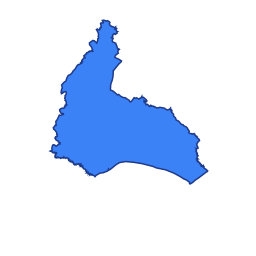 Pati, Jawa Tengah, Indonesia (Albers equal-area conic projection), rotated 130°
{"feature_id": "22746128B37789509782125", "entity_name": "Pati", "entity_type": "district", "adm_level": 2, "iso_a3": "IDN", "parent_name": "Indonesia", "parent_adm1": "Jawa Tengah", "projection": "albers", "projection_center": [111.054, -6.706], "detail": "fine", "context": "isolated", "style": "filled", "palette": "blue", "viewbox_px": 256, "rotation_deg": 130, "n_neighbors": 0, "source": "geoboundaries", "source_scale": "gbopen_adm2", "svg_char_len": 5887}
<svg xmlns="http://www.w3.org/2000/svg" viewBox="0 0 256 256"><g transform="rotate(130 128 128)"><path d="M195.2,172.5L195.0,172.1L195.4,172.1L194.8,171.3L195.1,171.1L195.3,169.9L194.7,168.8L194.2,169.0L194.1,167.7L193.5,167.4L193.3,167.7L192.9,166.9L193.8,166.3L194.7,166.5L195.3,166.0L195.2,165.7L195.6,166.2L195.9,165.8L196.2,166.0L197.2,165.3L197.4,164.6L196.8,164.5L196.7,163.3L195.7,163.4L195.8,162.9L195.4,162.7L195.4,162.0L194.4,161.1L194.3,160.6L194.5,160.3L194.0,160.1L193.8,159.6L193.2,159.5L192.6,158.3L192.0,158.6L191.8,158.1L191.3,158.4L191.5,156.5L190.2,155.9L190.2,155.3L189.6,154.8L189.7,153.7L190.3,153.6L190.3,152.7L190.7,152.9L191.0,152.5L190.2,151.9L190.6,151.8L190.5,151.5L190.9,151.0L190.3,150.5L190.7,150.1L190.3,149.6L189.8,149.8L189.8,149.3L189.7,149.6L189.2,149.1L189.4,148.6L189.7,148.7L190.2,148.4L189.8,147.5L190.1,147.1L190.1,146.2L190.4,146.1L189.9,145.6L190.3,145.3L189.9,145.1L190.0,144.7L189.3,144.5L189.4,144.1L188.8,144.2L188.1,143.4L187.5,143.4L187.3,143.9L187.2,143.0L187.5,142.8L186.4,141.8L187.2,141.6L187.0,141.1L187.8,140.9L187.6,140.6L187.8,140.1L187.3,140.0L187.8,139.7L187.3,139.5L187.3,139.1L187.0,139.7L186.8,139.4L186.4,139.6L186.7,139.1L186.2,138.4L186.5,138.2L187.0,138.4L187.4,138.1L187.1,137.1L187.4,136.9L187.3,136.6L187.8,135.8L187.0,134.0L187.5,132.8L188.0,132.8L187.6,132.1L188.0,132.1L188.0,131.7L188.3,131.5L188.3,130.5L188.9,130.7L188.5,130.1L187.9,130.1L188.2,129.8L187.9,128.9L188.3,129.2L188.8,128.8L187.9,128.7L188.2,127.7L187.6,127.3L188.1,127.1L187.2,126.9L187.8,126.2L187.3,125.5L187.0,126.0L186.6,125.6L186.8,124.6L186.3,123.6L186.5,122.0L184.7,122.0L180.7,120.5L178.1,118.2L173.9,115.9L171.9,116.6L172.3,115.5L171.3,115.0L163.4,113.5L159.7,112.1L155.2,108.2L150.8,101.9L146.3,94.4L141.4,84.2L140.3,80.6L135.8,72.2L133.1,63.9L131.6,56.6L131.2,52.7L130.3,50.1L130.0,45.9L131.1,45.1L130.9,44.4L128.3,43.5L124.3,42.9L121.1,41.9L110.9,39.6L110.4,39.2L109.6,39.4L109.5,41.9L109.9,43.5L109.2,44.8L108.7,44.9L108.6,45.5L109.3,45.7L108.6,46.3L109.2,46.4L109.2,47.0L110.0,47.0L110.2,47.6L108.9,48.4L109.2,48.8L108.7,49.9L109.2,50.2L108.8,50.4L108.4,52.3L109.2,53.1L108.9,53.5L108.0,53.8L108.3,54.4L107.7,54.6L107.7,55.6L106.9,55.4L106.7,55.1L106.7,55.8L105.7,56.5L104.2,56.5L104.0,57.3L104.2,57.5L104.5,57.2L104.5,57.5L103.2,58.4L103.6,58.5L103.6,58.9L102.1,60.3L102.1,61.0L101.1,61.2L100.8,61.9L100.3,61.9L100.1,62.4L100.0,61.9L99.6,62.0L98.3,61.4L97.6,62.6L97.5,63.7L97.1,63.7L96.0,65.1L93.1,65.4L91.7,65.1L91.0,66.2L91.0,68.0L90.7,70.2L90.2,70.0L90.6,71.8L89.9,72.6L90.3,73.0L89.8,73.8L90.5,74.2L90.6,74.6L91.5,74.9L91.6,76.0L92.4,77.0L92.6,78.4L91.3,78.9L90.8,79.6L90.5,81.6L90.0,82.1L89.8,83.4L89.8,84.5L90.5,86.7L90.1,87.8L90.9,89.6L90.2,93.6L90.9,96.4L89.7,98.1L89.6,100.6L88.3,101.9L87.9,103.4L88.1,104.5L86.4,105.5L86.3,105.9L87.2,105.7L87.4,106.0L85.4,108.2L86.0,108.2L86.7,107.7L86.9,108.3L88.8,109.3L89.3,110.7L89.4,112.8L91.6,116.8L93.8,118.4L94.4,119.6L94.4,120.9L95.0,121.6L94.8,122.4L95.4,123.0L95.9,124.9L96.4,124.4L97.0,125.4L97.5,125.2L97.7,125.7L97.5,126.0L97.6,126.5L97.3,128.0L97.6,128.6L98.5,128.9L98.6,129.3L97.7,130.4L97.9,130.8L97.4,131.4L97.6,131.7L97.4,132.0L97.8,132.2L97.7,132.5L97.4,132.4L96.8,133.1L96.8,132.4L96.2,132.0L95.8,130.7L95.0,131.0L94.6,132.8L94.6,135.8L94.7,136.2L95.8,136.9L95.0,137.7L96.8,137.4L97.5,138.0L98.8,138.1L99.4,140.9L100.6,141.7L100.8,142.8L105.3,142.5L106.7,143.1L106.0,144.9L106.4,147.4L106.7,147.9L106.4,149.0L106.6,149.8L107.5,150.6L108.4,153.8L108.3,156.8L109.4,157.2L109.3,162.8L110.1,166.0L105.8,169.2L101.4,170.9L98.4,172.5L93.6,176.0L93.4,175.5L93.4,176.0L85.3,176.2L81.6,175.8L80.8,176.1L81.2,179.1L82.1,182.3L82.2,183.7L81.5,184.1L79.5,184.2L76.9,183.5L75.9,185.2L73.9,185.4L73.3,185.2L73.3,185.9L74.1,186.8L72.9,188.4L71.0,191.9L71.9,195.3L70.8,196.6L68.8,197.0L69.4,198.7L67.3,198.6L66.9,199.5L65.0,199.5L64.5,199.1L64.6,198.0L62.6,197.3L62.0,198.0L61.0,197.9L61.3,198.3L61.1,199.3L60.4,199.6L60.7,201.5L59.1,200.8L59.1,202.1L58.7,202.4L59.8,202.5L59.8,203.9L60.8,206.1L60.8,208.3L60.1,209.2L58.8,209.7L58.6,210.6L59.0,212.8L60.1,213.5L60.9,215.8L62.1,216.8L63.1,214.7L63.6,214.6L64.7,216.1L65.5,216.3L66.8,214.5L67.7,214.0L68.2,213.1L69.7,213.8L70.2,213.2L71.1,212.8L72.0,214.5L71.8,215.0L72.8,215.5L74.2,212.0L75.6,210.4L77.0,209.7L77.7,208.4L79.2,208.5L79.9,207.7L83.1,206.5L82.8,209.8L83.5,211.2L87.5,212.3L88.9,211.0L89.3,208.5L90.8,205.5L91.4,205.6L91.8,204.3L92.3,204.6L92.0,205.6L93.4,206.0L93.5,206.7L94.4,206.6L94.9,207.4L96.1,207.2L97.0,208.0L97.5,208.0L98.0,207.4L99.1,208.0L99.6,207.8L100.8,208.2L101.2,208.2L101.3,207.2L102.2,206.9L101.6,206.4L101.9,206.0L102.5,206.8L103.1,206.9L104.8,206.7L105.8,206.9L106.3,206.6L106.4,205.5L108.0,206.2L107.9,205.3L108.2,205.1L108.8,205.7L110.6,206.0L111.2,206.8L112.6,207.1L117.1,206.4L119.5,206.7L121.6,206.3L124.3,206.5L125.6,207.4L126.7,207.5L129.3,206.9L131.9,205.8L134.3,206.4L137.7,206.5L139.4,204.2L141.3,203.6L143.7,202.2L144.5,201.0L143.4,200.4L142.2,200.9L142.1,200.3L140.3,199.4L140.1,198.5L141.8,197.1L143.8,197.0L144.5,196.1L145.7,195.8L146.4,194.3L147.1,194.1L146.9,193.8L148.1,191.6L149.9,190.6L149.7,189.7L151.0,190.0L151.4,190.3L151.1,190.3L151.2,190.7L152.7,189.7L154.1,189.9L154.8,190.9L156.3,191.9L158.0,192.1L159.1,190.8L159.2,189.7L159.7,189.1L159.5,188.2L158.6,186.9L159.1,186.2L159.7,186.8L161.5,187.6L162.2,188.9L167.2,187.6L169.4,187.5L171.4,185.4L172.4,185.5L172.4,184.9L173.4,185.4L175.8,185.4L176.7,184.1L176.6,182.6L177.3,179.9L177.8,179.1L178.9,178.4L178.8,177.5L179.6,177.3L179.9,176.7L180.8,177.0L181.3,177.8L182.8,177.4L182.8,176.5L183.3,176.0L183.4,175.0L182.9,172.8L183.5,172.4L183.1,171.4L183.5,171.1L183.1,170.3L183.7,169.8L184.4,170.4L184.8,170.3L185.0,170.8L187.8,171.1L188.2,171.8L188.0,172.1L188.3,173.0L188.2,173.4L188.7,173.7L188.8,174.4L189.6,174.7L192.4,173.4L193.5,172.1L194.4,172.1L195.2,172.5Z" fill="#3b82f6" stroke="#1e3a8a" stroke-width="1.5"/></g></svg>